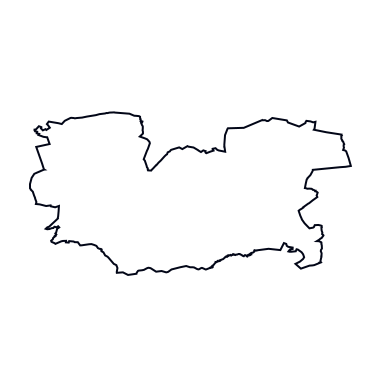 the district of Jaunsātu pag., Tukums, Latvia, rotated 354°
{"feature_id": "27541924B49068002315301", "entity_name": "Jaunsātu pag.", "entity_type": "district", "adm_level": 2, "iso_a3": "LVA", "parent_name": "Latvia", "parent_adm1": "Tukums", "projection": "robinson", "projection_center": [22.923, 56.96], "detail": "fine", "context": "isolated", "style": "outline", "palette": "ink", "viewbox_px": 384, "rotation_deg": 354, "n_neighbors": 0, "source": "geoboundaries", "source_scale": "gbopen_adm2", "svg_char_len": 5968}
<svg xmlns="http://www.w3.org/2000/svg" viewBox="0 0 384 384"><g transform="rotate(354 192 192)"><path d="M35.5,187.6L39.3,188.4L45.5,190.7L50.9,190.5L50.3,190.7L50.2,191.5L54.3,192.9L58.2,192.0L57.3,197.3L56.3,202.4L55.8,203.8L55.9,204.3L46.2,211.6L44.4,212.0L42.7,213.3L44.1,213.9L46.5,213.9L48.7,213.3L50.4,213.3L50.7,212.9L51.6,212.2L52.1,212.3L53.2,212.9L53.6,212.9L55.3,212.1L56.2,213.3L54.2,214.4L54.0,214.6L52.6,218.2L51.8,218.9L52.6,220.0L51.0,221.3L51.5,221.6L49.1,223.2L48.7,224.4L46.8,225.8L47.1,226.9L50.1,228.6L50.7,229.3L56.8,227.4L58.5,227.2L61.6,227.4L61.3,228.9L64.1,229.4L64.7,228.0L69.2,228.9L70.0,229.6L73.2,230.0L75.2,233.4L76.7,233.5L84.2,233.2L86.6,233.3L89.3,234.5L91.3,235.6L92.6,238.0L94.2,238.9L95.4,239.1L96.1,239.6L96.2,240.2L95.6,240.9L95.6,241.1L96.0,241.6L97.6,242.7L99.0,246.0L101.2,247.5L102.1,248.6L106.7,255.3L109.1,256.8L109.9,259.8L108.8,263.7L108.8,264.5L114.9,264.7L119.7,267.8L120.0,267.8L128.2,267.5L128.3,267.0L129.4,265.5L130.1,264.8L130.8,264.6L134.1,264.6L136.1,264.4L139.0,263.2L140.0,262.9L140.8,262.8L142.3,263.2L143.1,263.6L148.0,267.5L153.5,267.4L157.9,269.2L158.5,269.2L160.0,268.9L163.5,266.9L172.4,265.6L178.5,265.0L182.1,266.6L185.2,267.0L186.3,267.3L188.9,269.1L190.1,269.6L190.8,269.6L193.2,268.6L193.9,268.5L194.4,268.7L197.5,270.5L197.9,270.5L201.6,269.5L201.7,269.3L202.6,269.5L203.5,269.1L204.4,269.2L204.7,269.0L204.8,268.6L204.6,268.5L203.9,268.4L203.7,268.2L204.3,267.8L204.6,267.4L205.6,267.0L206.5,266.2L207.1,265.4L208.6,264.4L208.5,264.1L209.3,264.2L210.0,263.9L210.1,263.3L210.2,263.2L211.2,263.7L212.8,263.4L213.3,263.0L213.0,262.7L215.9,262.0L218.0,260.5L218.2,260.2L218.6,260.1L219.0,259.9L220.0,260.2L220.3,260.0L219.9,259.5L220.3,259.4L220.7,258.9L221.0,259.0L221.1,259.5L221.3,259.5L221.4,259.4L221.5,258.8L221.8,258.7L222.5,259.0L223.6,258.6L223.9,258.9L224.2,259.3L224.4,259.3L224.6,258.9L226.0,258.8L226.1,258.3L226.5,258.4L227.0,258.2L227.8,259.0L228.3,258.9L228.7,259.2L229.4,258.9L230.6,258.9L231.8,258.5L232.8,258.6L233.3,258.8L233.5,259.2L234.7,259.7L235.5,260.6L236.3,261.1L236.8,261.3L237.7,260.4L238.5,260.4L239.6,261.3L239.8,261.7L240.3,262.0L240.6,261.8L240.7,261.6L240.3,261.0L240.5,260.7L241.0,260.6L241.5,260.3L242.5,260.4L242.5,260.9L242.6,261.0L243.4,260.8L243.4,260.7L243.3,260.3L243.3,260.0L244.5,260.1L244.5,259.5L243.8,259.2L244.1,259.0L244.9,258.8L245.1,258.7L246.0,258.7L246.8,258.4L247.8,257.7L247.7,257.1L247.8,256.6L248.3,256.4L248.7,256.7L250.1,257.0L250.2,256.8L262.2,256.5L273.8,259.0L278.1,252.4L280.3,253.5L280.6,255.4L282.0,256.6L286.3,257.8L286.1,259.2L283.7,259.4L283.7,259.8L282.7,260.1L281.7,261.2L282.8,261.6L284.9,261.8L289.0,261.8L290.0,259.9L291.2,260.3L294.2,262.9L294.8,263.5L296.0,265.6L296.7,268.6L295.5,270.2L292.1,272.5L287.4,274.3L292.3,279.6L301.2,277.5L304.0,277.6L305.9,277.5L312.5,275.6L312.1,275.3L312.8,275.1L312.6,274.3L312.6,273.9L313.8,270.3L313.8,269.7L314.0,269.7L314.5,266.4L313.9,264.3L314.2,263.2L315.3,261.8L315.5,258.5L315.2,257.0L315.5,256.3L315.3,255.5L313.1,254.2L311.1,253.9L313.6,252.7L315.0,251.7L316.0,251.4L318.2,249.0L318.1,248.6L317.0,247.5L317.4,246.0L316.9,243.9L316.9,242.8L317.0,240.9L317.4,240.7L317.4,239.2L316.6,238.8L314.3,238.0L310.6,237.8L309.5,239.7L308.7,240.1L305.0,240.4L303.1,238.0L300.7,234.9L298.4,230.8L298.3,230.1L297.2,226.8L296.1,221.8L297.3,221.0L299.3,220.1L301.1,219.1L301.0,218.8L306.4,215.7L307.3,215.4L311.0,213.0L316.1,210.1L315.6,208.4L316.0,207.8L316.9,205.7L315.8,204.6L314.7,204.2L314.9,203.6L314.3,203.5L313.2,202.6L312.3,202.4L311.9,201.8L311.2,201.3L309.0,200.9L307.0,200.8L305.6,200.1L304.7,199.9L306.1,195.3L307.4,191.5L308.3,190.6L308.3,190.3L311.5,187.6L314.0,184.0L314.5,182.9L314.5,182.6L341.6,182.8L347.4,183.0L352.7,182.7L351.3,174.6L349.6,167.7L348.7,166.8L346.7,166.0L347.8,163.7L347.6,162.9L347.7,161.1L348.4,160.4L347.9,159.0L347.7,158.6L347.7,158.0L347.4,157.4L346.8,156.9L346.7,156.6L346.8,156.2L346.1,154.8L346.1,153.9L346.3,153.4L346.3,152.1L346.9,151.5L346.4,150.9L346.6,150.5L331.8,146.6L319.7,142.8L320.5,141.8L322.1,135.1L319.8,135.4L317.3,134.2L313.2,133.2L312.2,134.5L312.0,135.3L305.4,138.1L294.7,132.9L293.8,130.7L279.6,126.8L275.4,129.3L274.0,129.3L272.2,128.2L269.0,128.0L269.0,127.9L250.2,133.6L234.3,132.4L233.8,133.1L230.8,138.9L229.1,148.3L229.0,149.6L228.9,150.0L229.0,150.0L229.2,155.4L223.0,153.5L221.5,152.7L220.0,150.9L217.0,151.2L216.9,151.3L217.7,153.1L214.8,153.7L210.3,154.9L209.8,154.5L209.5,154.0L209.5,153.4L209.8,152.8L207.6,151.8L205.1,153.2L202.6,151.3L202.5,151.1L198.2,147.9L193.1,146.5L192.3,145.9L186.9,148.3L183.9,146.3L175.7,147.9L175.2,148.2L174.2,149.3L172.0,150.0L171.1,151.9L170.2,152.3L168.5,153.6L164.2,157.5L161.8,159.3L159.4,161.6L159.2,161.5L155.8,164.5L154.4,165.6L153.7,166.4L150.5,165.9L150.3,165.2L150.5,164.5L150.4,163.6L149.8,162.8L149.6,161.2L148.5,156.4L148.4,155.9L147.4,154.4L151.5,146.3L152.6,144.6L155.2,139.1L154.9,137.6L152.9,134.9L150.7,133.7L145.9,131.4L149.3,128.8L149.4,128.3L149.5,126.5L149.3,125.3L149.6,124.3L149.9,121.9L149.8,121.2L149.2,120.0L148.9,118.8L149.1,118.4L148.6,117.9L148.7,117.7L149.8,117.3L150.0,117.0L150.1,116.7L149.9,116.6L148.3,116.4L148.2,116.2L148.6,115.8L148.6,115.4L148.5,114.5L148.2,114.3L148.4,113.8L148.1,113.0L148.2,111.7L147.2,111.0L144.9,110.5L142.5,110.1L138.0,107.6L123.4,104.9L123.1,104.7L118.1,104.4L116.3,104.7L115.1,104.5L113.9,104.8L108.1,104.9L104.5,105.5L95.4,106.0L90.5,106.5L85.1,106.4L83.2,106.5L82.2,106.1L79.6,105.6L78.8,105.7L72.9,107.9L69.6,110.8L66.3,109.6L56.9,107.0L54.8,109.3L55.8,110.6L57.3,113.2L53.6,115.1L52.9,114.2L50.1,115.1L48.4,112.9L49.0,111.8L48.9,111.7L46.6,110.6L43.3,113.5L41.9,113.5L41.8,114.2L42.3,115.3L44.3,115.9L43.7,117.4L46.0,118.2L45.2,119.2L50.0,121.6L52.8,122.3L53.7,122.4L55.4,129.4L41.8,130.9L45.9,148.1L47.1,154.0L47.5,154.3L47.0,154.3L37.1,157.4L34.0,161.2L31.7,167.2L31.3,171.5L32.3,173.1L32.2,173.2L33.7,175.0L34.6,179.1L35.3,181.4L35.3,182.1L36.2,185.7L35.5,187.6Z" fill="none" stroke="#020617" stroke-width="2"/></g></svg>